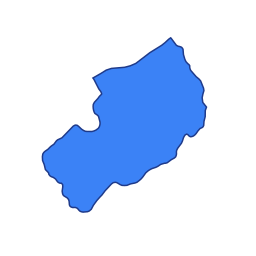 the Prefecture of Yamagata, rotated 38°
{"feature_id": "JPN-1868", "entity_name": "Yamagata", "entity_type": "Prefecture", "adm_level": 1, "iso_a3": "JPN", "parent_name": "Japan", "parent_adm1": "", "projection": "albers", "projection_center": [140.093, 38.419], "detail": "fine", "context": "isolated", "style": "filled", "palette": "blue", "viewbox_px": 256, "rotation_deg": 38, "n_neighbors": 0, "source": "natural_earth", "source_scale": "10m", "svg_char_len": 2268}
<svg xmlns="http://www.w3.org/2000/svg" viewBox="0 0 256 256"><g transform="rotate(38 128 128)"><path d="M69.6,110.2L73.1,101.6L75.2,95.8L78.3,91.2L88.0,82.2L91.5,77.6L94.4,72.3L98.9,55.0L103.6,42.2L104.6,38.1L105.4,33.0L106.1,30.7L106.6,30.7L115.0,33.0L116.2,32.9L117.4,32.6L118.5,32.0L120.4,31.4L121.7,31.6L122.9,32.1L126.5,36.0L130.4,38.8L132.7,40.0L135.4,40.5L137.0,40.5L138.4,41.0L139.1,42.0L140.2,43.0L141.9,44.0L150.1,45.6L153.7,45.7L156.3,46.2L163.0,50.1L164.8,51.8L166.1,55.1L167.8,58.5L171.2,61.8L177.0,63.2L178.1,66.6L181.8,71.5L183.8,76.0L186.1,79.4L186.4,80.8L186.2,81.9L185.4,83.5L185.1,84.0L184.9,87.1L185.1,90.5L184.9,92.5L184.4,94.2L183.5,95.6L182.5,96.5L181.0,96.7L179.2,96.4L178.0,96.7L177.3,98.2L177.4,99.9L177.7,101.5L178.9,104.7L179.5,107.1L179.6,113.1L180.0,115.4L180.8,117.0L181.8,118.1L182.6,119.3L183.3,121.3L183.0,123.1L181.6,126.4L180.3,131.2L179.4,132.5L178.4,133.4L176.2,136.5L175.1,139.9L174.1,141.9L171.9,145.2L171.0,147.1L170.3,149.0L169.6,152.3L169.8,157.4L169.7,159.8L169.3,162.0L168.5,165.2L167.4,167.0L164.4,170.5L162.5,173.8L160.6,175.5L158.6,176.9L156.8,177.4L152.9,177.9L151.4,178.6L150.0,180.2L149.4,182.3L148.6,191.5L148.7,196.9L148.4,199.6L148.1,204.4L148.3,210.2L149.1,214.6L148.6,217.2L147.7,218.8L144.4,221.9L143.5,222.4L142.6,222.8L141.3,223.1L140.1,223.0L139.0,222.8L137.9,222.5L136.7,222.6L135.3,223.1L133.4,224.7L131.8,225.3L130.4,225.3L129.2,224.7L126.8,222.1L125.6,221.2L124.3,220.7L122.9,220.5L119.7,220.9L118.8,220.9L117.8,220.6L116.6,219.8L115.0,218.3L112.8,214.5L111.4,212.9L109.6,212.5L108.3,213.4L106.7,213.8L105.4,213.7L102.3,212.8L99.6,212.9L97.5,213.6L95.7,213.7L94.1,213.2L92.9,212.2L88.5,211.6L84.5,208.4L80.7,206.2L78.2,203.3L76.9,201.0L76.7,199.1L77.0,197.3L78.0,194.1L78.4,190.7L78.7,189.3L79.6,186.4L79.5,182.3L79.8,180.7L82.0,176.4L83.7,160.2L84.6,158.2L86.1,157.2L87.8,157.1L92.1,157.5L94.5,157.3L96.3,156.9L97.8,156.0L101.8,152.9L103.0,151.3L104.0,149.4L104.8,146.6L104.6,144.5L103.8,142.6L103.1,141.5L102.1,140.4L97.6,137.0L96.1,136.7L92.9,136.9L91.4,136.2L89.8,135.1L88.4,133.8L87.1,132.3L86.1,130.7L85.7,128.4L86.1,123.3L86.0,121.1L86.1,119.6L86.3,118.4L86.3,117.4L85.4,116.7L84.0,116.0L81.0,115.2L71.1,110.6L69.6,110.2L69.6,110.2Z" fill="#3b82f6" stroke="#1e3a8a" stroke-width="1.5"/></g></svg>